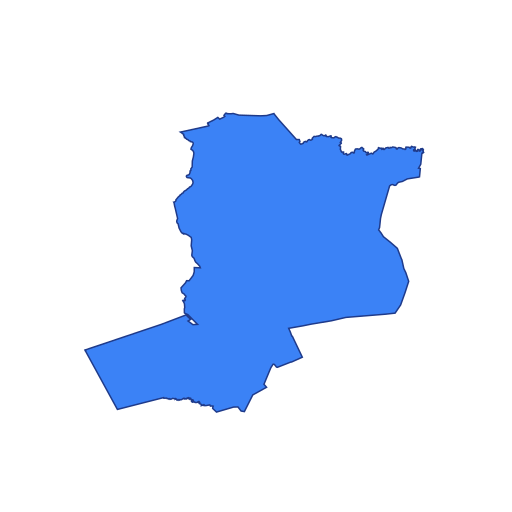 outline of Ziemera pag., Aluksne, Latvia, rotated 163°
{"feature_id": "27541924B47262508870968", "entity_name": "Ziemera pag.", "entity_type": "district", "adm_level": 2, "iso_a3": "LVA", "parent_name": "Latvia", "parent_adm1": "Aluksne", "projection": "robinson", "projection_center": [27.036, 57.508], "detail": "fine", "context": "isolated", "style": "filled", "palette": "blue", "viewbox_px": 512, "rotation_deg": 163, "n_neighbors": 0, "source": "geoboundaries", "source_scale": "gbopen_adm2", "svg_char_len": 6058}
<svg xmlns="http://www.w3.org/2000/svg" viewBox="0 0 512 512"><g transform="rotate(163 256 256)"><path d="M132.0,166.9L124.1,177.5L117.4,187.1L117.6,196.2L118.3,200.8L117.6,209.7L117.8,211.0L118.6,222.0L123.2,229.4L128.5,237.2L129.8,241.9L130.2,242.5L130.2,243.0L131.1,245.1L129.5,247.1L125.9,255.6L123.9,259.2L107.7,284.0L105.8,284.6L104.5,284.4L103.6,283.8L103.3,283.3L102.4,282.9L101.3,282.9L99.7,284.1L98.2,284.8L94.2,284.5L88.7,285.5L77.5,283.9L76.5,283.9L73.3,291.6L74.9,292.4L71.6,295.6L67.3,305.8L66.9,306.0L66.5,305.6L65.4,306.1L65.7,306.7L65.4,307.3L65.7,307.8L65.3,308.1L65.5,308.5L64.9,308.9L65.0,309.1L65.5,309.3L65.2,309.8L65.4,310.1L67.3,310.3L67.6,310.0L67.2,309.2L68.4,308.4L68.8,308.5L68.5,309.0L68.9,309.5L69.9,310.6L70.2,310.6L71.1,309.9L70.6,309.3L70.7,309.1L71.3,309.0L72.1,309.2L72.1,309.5L72.6,310.1L74.1,310.1L74.4,310.6L74.4,311.1L74.2,311.5L72.6,311.5L72.5,312.5L71.7,313.4L72.3,313.9L73.4,314.0L75.2,315.4L75.8,315.1L76.3,314.1L76.8,314.0L77.1,314.1L77.6,315.0L78.0,315.3L80.1,316.1L80.9,316.2L81.4,314.6L82.3,314.3L82.5,314.8L84.3,315.5L85.6,316.9L87.6,317.9L88.4,317.9L89.9,317.0L90.5,317.5L90.4,318.5L90.7,318.9L93.4,320.3L94.7,320.0L95.9,320.6L96.1,320.2L96.5,320.1L97.5,320.3L98.0,321.3L99.3,321.2L99.9,321.5L101.5,320.8L101.9,320.4L102.5,320.4L103.2,321.0L102.8,321.7L103.1,321.9L103.5,321.4L104.5,321.2L104.6,321.5L104.4,322.1L104.6,322.5L106.0,322.8L107.0,323.8L107.3,323.7L107.5,323.0L108.4,322.3L111.1,321.1L112.5,320.9L114.3,319.5L114.9,319.7L115.4,320.5L115.7,320.6L120.4,320.1L120.6,320.5L119.3,320.9L118.3,322.1L118.6,322.5L120.3,322.5L120.6,322.8L120.9,323.9L122.4,324.9L122.6,326.0L121.7,326.8L123.0,328.9L124.0,328.8L125.1,328.2L126.2,328.0L127.6,328.8L129.4,329.2L129.9,329.0L130.5,328.2L131.3,327.4L131.8,326.0L132.4,325.9L133.0,326.4L133.2,326.9L133.8,327.1L134.9,327.1L135.3,326.6L136.2,326.2L139.2,325.8L139.7,326.3L139.4,327.3L139.5,327.5L142.0,327.6L142.5,328.2L142.5,328.8L141.8,329.7L142.0,329.9L143.8,330.4L144.0,331.6L143.9,332.2L144.2,333.2L143.1,336.1L143.2,336.4L144.1,336.9L144.3,337.3L143.6,337.9L141.5,338.8L141.4,339.0L141.5,339.5L142.1,340.0L140.4,341.4L140.0,342.8L140.1,343.2L140.9,344.0L142.5,344.6L143.8,346.1L144.4,346.3L144.7,346.8L145.6,346.8L147.0,346.2L149.2,347.1L149.7,347.9L149.7,348.2L149.0,348.6L149.0,348.8L149.6,349.1L151.7,348.9L153.6,349.6L154.2,350.4L153.7,350.9L153.9,351.3L155.3,351.0L156.0,351.2L157.1,352.1L157.5,352.9L158.1,353.3L159.9,352.4L160.7,352.6L161.2,352.4L162.6,352.8L164.2,352.8L165.5,353.4L167.7,352.2L167.9,352.0L167.9,351.2L168.9,350.8L170.1,350.8L170.8,351.7L171.6,351.8L172.9,351.3L174.1,350.3L174.7,350.5L175.1,351.1L176.2,351.1L177.3,350.8L177.9,349.9L180.5,349.8L181.1,350.9L181.4,352.0L180.5,352.7L180.6,354.7L183.3,355.6L194.3,379.4L197.1,386.4L197.2,387.0L204.7,387.2L210.6,388.7L231.1,395.7L236.2,399.0L238.2,399.3L242.2,400.6L242.3,401.1L243.3,401.4L245.5,399.9L245.0,398.6L246.6,398.1L250.7,397.5L252.0,399.7L256.7,398.4L263.1,397.4L262.9,396.6L263.5,396.5L262.9,394.4L263.9,394.3L292.0,396.6L291.0,395.4L290.5,394.4L289.6,393.6L289.7,392.6L289.9,392.5L289.9,392.1L289.5,390.9L289.8,390.2L289.1,389.7L289.1,389.3L288.5,388.8L288.2,388.0L287.1,387.2L286.7,386.2L285.4,385.2L285.2,384.9L285.3,384.6L283.4,383.5L283.1,382.7L283.1,382.2L283.2,381.7L284.6,379.8L286.0,378.7L287.0,377.2L285.8,375.6L285.3,374.3L285.3,373.0L285.5,372.1L287.0,368.9L289.1,365.5L291.0,359.8L292.8,358.4L293.2,357.0L293.4,356.7L294.2,356.6L294.6,355.2L295.8,353.7L296.5,353.3L298.6,353.3L299.3,352.7L299.2,351.6L298.9,351.1L296.0,349.8L295.2,348.7L294.5,346.7L294.7,344.7L295.4,343.5L297.4,341.8L298.3,341.4L299.3,341.4L300.6,340.5L301.8,340.3L303.2,339.5L305.5,339.0L306.7,338.3L307.0,337.7L308.5,337.5L309.1,337.0L311.0,336.4L311.1,336.0L312.9,335.3L316.2,333.1L316.4,332.3L317.0,331.8L318.5,331.4L318.9,331.5L318.8,331.0L319.3,326.7L319.2,326.4L320.0,314.7L321.2,313.3L321.7,312.3L321.8,310.8L321.1,309.6L321.4,305.3L320.7,301.2L320.1,299.7L318.9,298.4L318.8,298.8L316.3,297.2L314.6,295.5L312.5,292.7L312.8,290.2L315.0,284.7L315.3,279.7L317.1,275.7L317.2,275.0L317.1,274.0L315.9,271.9L315.8,269.5L315.5,267.9L314.1,265.5L312.8,262.7L312.7,261.0L318.4,263.0L319.7,258.9L321.8,255.8L327.2,251.9L329.6,252.7L331.2,251.0L337.0,247.5L337.5,244.9L337.4,242.5L335.7,240.4L335.4,239.2L334.7,238.1L335.1,237.3L336.7,236.2L336.8,235.6L336.4,235.2L336.6,234.4L336.9,234.1L337.5,234.1L338.6,235.0L339.1,234.8L338.6,232.9L338.4,231.3L339.2,227.6L340.0,226.4L341.1,222.6L340.7,221.9L338.3,219.9L331.9,207.7L336.4,208.8L340.0,213.7L337.0,214.5L339.2,218.3L339.9,220.1L366.7,218.3L447.1,216.1L447.0,215.4L446.4,215.5L446.8,214.8L433.4,149.8L385.8,147.6L385.9,147.1L385.6,146.9L382.9,146.2L382.7,145.6L381.5,145.2L381.0,144.4L380.2,144.8L379.4,143.9L377.2,144.2L376.0,143.5L374.5,143.2L374.4,143.0L374.8,142.6L374.3,142.6L373.6,142.0L373.8,141.5L373.0,141.2L372.7,140.8L371.7,141.3L371.5,141.2L371.3,140.6L370.5,140.8L370.1,140.5L369.2,140.4L367.0,141.1L366.8,141.0L366.9,140.6L366.4,140.3L365.9,140.6L365.7,140.2L365.5,140.4L364.5,139.7L364.1,140.2L363.3,139.8L362.8,140.3L362.2,140.4L361.9,140.1L362.7,139.9L362.8,139.7L362.0,139.1L361.8,139.6L361.4,139.7L361.2,138.5L360.1,139.0L360.0,138.1L360.2,137.8L360.0,137.1L359.5,137.4L358.4,136.9L358.2,136.0L358.6,136.3L360.1,135.9L359.7,134.9L359.3,134.7L358.3,134.9L358.0,134.4L357.2,134.2L357.1,133.8L356.3,133.4L354.4,133.1L353.9,133.2L353.9,133.6L353.1,133.6L352.6,132.5L352.7,132.2L353.4,132.5L353.5,132.2L353.4,131.5L352.0,130.4L351.7,130.0L351.9,129.5L350.9,129.2L351.3,128.9L349.9,128.9L349.3,129.1L349.2,128.9L349.8,128.4L349.2,128.0L348.5,128.0L347.9,127.6L343.7,127.1L343.5,125.8L341.8,125.4L340.9,124.9L341.3,124.4L342.0,122.9L339.4,118.3L321.6,118.1L317.4,116.9L315.6,112.1L312.6,110.6L299.7,124.1L284.3,127.4L285.9,131.0L274.5,144.8L271.3,147.5L270.5,147.3L270.0,146.6L268.9,143.8L268.0,143.3L253.8,144.4L253.1,144.2L241.3,145.7L244.7,168.6L245.2,169.0L245.4,173.4L245.9,177.3L231.5,175.5L223.1,174.7L202.8,172.0L188.0,171.0L149.2,162.5L139.7,160.7L132.0,166.9Z" fill="#3b82f6" stroke="#1e3a8a" stroke-width="1.5"/></g></svg>